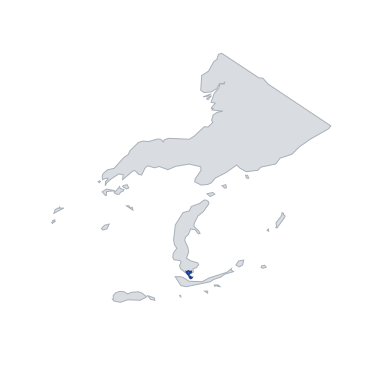 Kokopo District, East New Britain, Papua New Guinea shown in context, rotated 124°
{"feature_id": "67681753B40757041944416", "entity_name": "Kokopo District", "entity_type": "district", "adm_level": 2, "iso_a3": "PNG", "parent_name": "Papua New Guinea", "parent_adm1": "East New Britain", "projection": "robinson", "projection_center": [152.359, -4.313], "detail": "fine", "context": "in_parent", "style": "filled", "palette": "blue", "viewbox_px": 384, "rotation_deg": 124, "n_neighbors": 0, "source": "geoboundaries", "source_scale": "gbopen_adm2", "svg_char_len": 5780}
<svg xmlns="http://www.w3.org/2000/svg" viewBox="0 0 384 384"><g transform="rotate(124 192 192)"><path d="M60.4,244.9L60.0,200.3L58.0,197.0L60.0,189.1L59.6,113.8L63.4,114.2L81.7,123.3L94.0,128.1L104.8,130.3L114.7,137.9L122.0,138.3L132.9,148.8L137.2,149.6L144.9,158.4L145.4,165.5L144.6,170.1L156.3,174.4L167.5,180.5L173.6,181.1L177.0,183.2L181.2,188.4L182.0,195.4L179.6,196.7L169.1,196.6L166.2,198.9L170.4,209.9L179.9,219.9L187.0,224.5L189.2,233.5L192.8,236.4L195.2,243.6L198.9,244.3L206.1,243.2L207.2,246.2L206.2,250.7L207.2,252.6L220.5,256.4L216.1,258.8L218.1,262.9L226.8,266.5L232.1,267.9L235.4,267.4L231.6,269.5L228.2,268.9L227.6,269.5L229.0,271.2L231.8,273.1L228.9,275.5L226.0,275.9L220.6,274.3L216.0,269.8L201.5,267.8L196.5,265.8L192.5,266.5L180.8,264.1L177.0,260.9L174.4,256.1L167.4,250.3L165.8,247.5L166.5,243.7L164.6,244.3L160.6,241.5L149.9,223.9L144.5,221.4L131.1,218.4L129.1,215.0L122.8,213.7L121.5,215.9L116.4,217.5L112.0,215.8L107.7,211.5L112.8,221.3L111.0,221.2L111.9,222.7L110.9,223.0L105.3,222.4L107.0,226.4L97.8,228.7L91.0,227.9L87.7,228.9L86.3,228.8L84.5,225.8L82.1,226.3L84.2,226.4L86.8,229.8L92.6,229.3L98.1,231.9L102.9,237.7L102.7,241.7L90.0,249.1L82.6,245.9L71.8,246.8L68.0,245.6L63.1,247.0L60.4,244.9ZM252.5,146.2L255.1,148.2L257.8,146.1L262.9,148.7L262.0,158.4L260.3,161.0L256.0,162.0L255.4,163.4L258.3,169.1L257.1,171.2L253.3,173.3L247.1,173.1L245.5,177.0L242.0,180.5L228.6,187.4L214.0,187.9L209.2,183.7L204.2,184.4L197.5,179.4L191.8,177.4L190.7,175.4L190.8,172.9L192.3,171.4L202.4,171.7L208.8,173.7L217.2,172.5L219.5,171.0L220.4,164.8L221.8,162.2L223.2,163.4L221.5,168.2L223.4,172.5L229.4,171.2L233.2,172.2L236.2,171.0L240.4,164.2L243.8,161.1L249.9,159.6L249.8,154.6L247.6,147.8L248.5,145.8L252.5,146.2ZM326.0,195.9L325.2,198.1L324.8,197.4L321.7,199.5L318.2,198.8L315.1,196.6L312.7,192.7L312.6,188.3L309.2,186.3L304.7,180.7L303.8,177.0L304.2,170.9L310.7,174.4L317.3,185.0L323.6,189.8L326.0,195.9ZM275.8,148.9L271.6,158.6L268.9,154.6L267.8,151.8L267.6,144.5L260.7,133.4L253.6,129.7L239.1,118.2L233.4,116.4L234.8,115.9L234.8,113.1L242.0,119.0L246.4,120.5L252.3,125.1L256.3,126.7L273.8,143.9L275.8,148.9ZM160.7,101.0L174.3,101.4L174.6,102.7L172.8,102.8L170.5,105.2L162.3,104.5L158.7,105.7L158.5,104.1L159.8,103.6L159.6,101.9L160.7,101.0ZM229.7,249.5L232.2,251.2L234.3,250.9L235.9,252.9L236.1,256.0L235.3,256.7L234.7,255.7L228.0,255.1L229.3,253.3L228.0,249.8L229.7,249.5ZM227.9,114.8L223.1,114.8L219.5,111.1L224.2,109.2L227.8,111.0L227.9,114.8ZM239.5,263.1L242.6,261.1L243.3,261.8L242.1,266.6L237.3,264.5L234.1,256.8L239.5,263.1ZM264.9,242.7L270.1,241.9L272.6,243.9L273.4,244.7L272.9,246.7L268.5,245.9L264.9,242.7ZM277.0,289.3L286.9,294.6L283.2,295.5L280.1,294.1L279.7,292.8L278.5,293.2L279.1,292.3L277.0,289.3ZM185.1,178.6L180.8,174.6L181.0,171.9L185.6,174.3L185.1,178.6ZM226.4,252.5L225.1,252.6L222.2,249.8L224.0,246.7L226.0,247.8L226.4,252.5ZM302.7,170.7L300.9,164.2L302.5,162.2L304.2,166.3L302.7,170.7ZM170.0,170.6L167.0,168.1L169.2,165.8L170.5,167.0L170.0,170.6ZM216.0,92.5L214.3,93.0L212.1,90.9L212.7,88.5L215.2,90.0L216.0,92.5ZM150.0,154.7L148.2,157.0L147.0,155.2L149.0,152.7L150.0,154.7ZM240.1,230.8L240.2,238.6L238.8,237.1L239.5,233.8L238.1,232.9L240.1,230.8ZM104.0,232.8L107.0,236.0L99.8,230.9L104.0,232.8ZM106.6,232.1L102.7,230.8L101.8,229.8L106.5,230.3L106.6,232.1ZM296.1,290.1L295.8,291.2L293.3,291.4L291.5,289.8L293.2,290.2L292.9,289.1L296.1,290.1ZM267.1,122.5L267.2,126.1L265.4,123.6L267.1,122.5ZM257.5,120.6L256.7,121.6L254.9,119.0L255.3,118.5L257.5,120.6ZM236.2,274.1L236.0,275.6L234.2,274.8L234.5,273.8L236.2,274.1ZM255.9,117.8L254.5,118.2L254.8,115.8L255.9,117.8ZM181.7,106.5L181.8,108.3L179.9,107.9L181.7,106.5ZM285.3,142.6L285.0,144.3L284.0,143.7L285.3,142.6Z" fill="#d9dde1" stroke="#a8b0b8" stroke-width="1"/><path d="M259.5,150.9L259.6,151.0L259.8,151.2L260.0,151.2L260.3,151.2L260.3,151.3L260.5,151.3L260.7,151.2L260.7,151.3L260.8,151.4L260.8,151.5L261.0,151.7L261.0,151.8L261.0,151.7L261.1,151.8L261.2,152.0L261.3,151.9L261.3,152.0L261.4,151.9L261.4,152.0L261.5,152.0L261.6,151.9L261.6,151.7L261.8,151.6L261.8,151.4L261.8,151.2L261.9,150.9L262.0,150.8L262.1,150.7L262.0,150.4L262.0,150.2L262.3,150.0L262.3,149.9L262.5,149.8L262.5,149.7L262.5,149.4L262.6,149.2L262.7,148.9L262.8,148.8L262.8,148.7L262.9,148.4L262.7,148.3L262.4,148.4L262.2,148.4L262.0,148.5L261.9,148.5L261.7,148.6L261.4,148.5L261.2,148.5L260.9,148.7L260.7,148.7L260.4,148.6L260.3,148.4L260.2,148.4L259.9,148.2L259.7,148.0L259.6,147.9L259.5,147.7L259.4,147.7L259.3,147.9L259.2,147.9L259.1,148.0L258.9,148.0L258.8,147.9L258.7,147.9L258.4,148.1L258.2,148.2L258.3,148.3L258.5,148.4L258.9,149.0L259.0,149.2L259.1,149.3L259.1,149.6L259.3,149.7L259.3,149.8L259.4,150.0L259.4,150.3L259.5,150.3L259.5,150.5L259.4,150.6L259.4,150.8L259.5,150.8L259.5,150.9ZM263.7,144.2L263.7,144.3L263.7,144.5L263.5,144.8L263.4,144.8L263.2,144.8L263.1,145.0L263.3,145.2L263.4,145.3L263.5,145.4L263.5,145.5L263.4,145.7L263.4,145.8L263.3,146.0L263.5,146.1L263.8,146.0L264.0,145.9L264.1,145.7L264.1,145.9L264.0,146.0L264.2,145.9L264.2,145.7L264.3,145.6L264.5,145.4L264.5,145.2L264.5,144.9L264.4,144.9L264.2,144.8L264.2,144.7L264.0,144.4L263.9,144.3L263.8,144.2L263.7,144.2L263.7,144.2ZM263.4,146.2L263.2,146.1L263.1,145.9L262.9,145.9L262.8,146.0L263.0,146.2L263.2,146.3L263.3,146.4L263.3,146.5L263.4,146.4L263.4,146.2ZM263.3,144.4L263.3,144.2L263.2,144.1L262.9,144.1L263.0,144.2L263.1,144.3L263.3,144.4ZM263.8,146.3L263.7,146.4L263.7,146.5L263.8,146.5L264.0,146.5L264.0,146.4L263.9,146.3L263.8,146.3ZM262.8,146.6L262.6,146.5L262.8,146.6ZM263.6,146.4L263.4,146.4L263.5,146.4L263.6,146.5L263.6,146.4ZM264.0,146.2L263.9,146.2L264.0,146.2L264.0,146.2ZM263.3,145.9L263.2,145.8L263.3,145.9ZM263.5,144.1L263.4,144.0L263.5,144.1L263.5,144.1Z" fill="#3b82f6" stroke="#1e3a8a" stroke-width="1.5"/></g></svg>